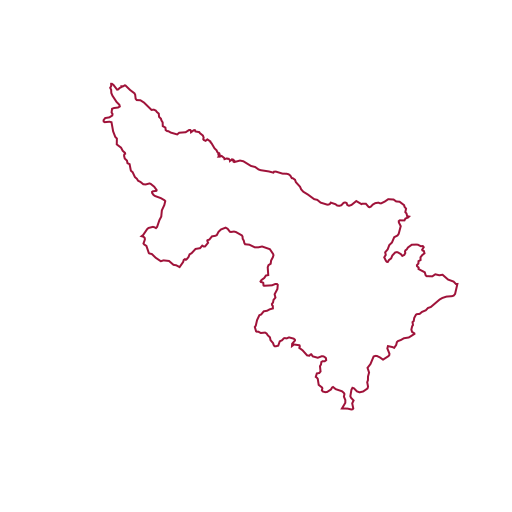 Shaanxi, Equal Earth projection, rotated 292°
{"feature_id": "CHN-1804", "entity_name": "Shaanxi", "entity_type": "Province", "adm_level": 1, "iso_a3": "CHN", "parent_name": "China", "parent_adm1": "", "projection": "equal_earth", "projection_center": [108.8, 35.643], "detail": "fine", "context": "isolated", "style": "outline", "palette": "rose", "viewbox_px": 512, "rotation_deg": 292, "n_neighbors": 0, "source": "natural_earth", "source_scale": "10m", "svg_char_len": 6116}
<svg xmlns="http://www.w3.org/2000/svg" viewBox="0 0 512 512"><g transform="rotate(292 256 256)"><path d="M295.4,454.8L293.3,454.1L292.2,452.8L289.7,447.8L286.9,444.5L284.5,442.6L274.2,437.2L272.2,434.9L269.3,433.8L266.3,430.8L263.6,429.4L262.4,427.0L261.5,426.3L257.8,425.9L254.8,426.6L253.3,425.9L250.8,427.4L249.4,427.1L246.0,427.6L244.1,429.1L243.6,431.8L243.1,432.1L237.7,428.2L235.1,423.9L232.4,421.8L230.3,419.5L228.9,418.9L226.0,419.3L222.6,418.5L222.7,416.8L221.9,412.1L219.5,412.4L215.3,416.4L213.8,416.7L212.6,416.2L207.5,412.6L208.4,408.8L208.6,405.6L208.1,404.1L206.9,402.7L198.7,402.6L194.1,401.3L190.3,404.5L186.2,405.0L182.8,406.3L180.6,406.4L176.9,408.8L174.9,409.0L170.5,406.1L168.4,403.1L168.3,400.3L170.0,396.4L169.9,394.8L167.7,394.6L161.3,396.0L160.1,397.3L158.6,400.6L155.4,400.4L151.1,403.3L150.1,403.0L149.4,401.9L148.8,398.0L146.8,392.8L153.3,393.8L155.9,392.8L158.5,390.2L161.2,389.7L162.0,388.7L162.8,386.4L162.4,379.8L163.4,376.5L162.5,375.8L160.3,375.5L156.6,372.9L155.7,371.3L155.4,368.7L156.1,367.4L158.2,367.1L158.8,366.5L160.0,362.4L165.2,359.3L165.9,358.2L166.3,356.7L169.9,356.4L171.2,358.5L173.1,359.1L177.8,356.6L179.8,356.9L182.2,356.3L183.4,357.2L184.1,359.1L185.7,360.1L187.5,359.1L188.1,357.3L188.2,356.0L187.7,354.5L184.8,351.4L184.2,346.2L185.6,344.1L185.2,343.5L183.5,342.8L183.0,340.6L186.0,334.5L187.0,330.6L188.8,330.4L189.5,329.7L188.2,324.4L186.0,323.1L188.2,322.4L192.2,323.8L193.0,323.4L193.5,321.9L192.9,317.1L191.1,315.3L190.6,313.3L190.0,312.6L187.6,311.7L185.8,310.0L181.2,310.2L179.7,308.2L179.3,307.0L180.1,305.7L181.6,304.5L183.4,301.0L185.8,299.4L186.9,296.6L188.1,294.9L188.4,293.1L186.4,289.3L186.7,286.5L186.1,285.1L186.2,284.3L189.7,281.5L191.3,281.9L196.9,281.0L202.4,281.3L203.7,282.7L207.6,283.9L209.4,286.8L211.7,288.7L213.7,291.3L216.0,290.3L216.6,289.2L217.5,288.7L219.2,289.2L221.9,288.7L224.7,289.6L227.5,287.6L233.4,288.2L237.4,287.0L237.9,285.9L237.3,284.4L234.8,281.8L231.4,274.6L231.5,274.0L233.8,272.8L234.0,272.0L233.7,270.3L234.1,269.7L235.8,270.1L238.7,271.9L241.6,272.5L242.9,274.5L249.9,271.1L252.2,271.0L254.3,272.5L257.5,271.7L261.1,272.1L263.3,271.9L264.3,271.1L267.5,266.3L267.1,258.1L264.9,254.9L263.6,251.6L264.0,245.6L262.8,241.5L263.7,240.3L265.7,238.9L267.0,237.2L269.0,236.2L269.8,235.2L270.7,228.4L270.4,226.4L268.9,223.8L268.7,222.7L270.6,219.5L270.9,217.2L267.5,213.6L264.4,212.2L260.6,211.8L259.4,210.6L257.7,207.8L253.7,206.6L252.5,205.1L251.9,205.1L250.3,206.6L245.8,205.2L245.2,204.0L245.5,202.3L242.3,201.2L239.9,197.3L234.4,195.2L232.7,193.8L229.7,193.8L227.2,193.0L226.2,192.4L226.5,191.3L225.3,190.5L223.1,190.7L217.1,189.3L217.5,185.5L216.9,182.8L218.8,177.2L217.3,171.9L215.5,169.7L216.8,163.6L218.8,158.7L218.4,156.1L218.6,155.5L224.3,150.6L224.8,148.0L225.4,147.0L229.6,146.8L231.0,146.1L231.7,144.6L231.5,142.5L233.2,143.5L240.1,145.0L241.7,145.8L244.4,149.5L244.6,151.2L244.4,152.8L245.9,153.4L253.2,153.0L257.0,153.4L263.1,151.6L268.9,151.9L272.9,151.3L273.4,150.3L274.0,146.1L273.8,139.9L274.2,138.1L275.5,136.1L276.5,135.6L277.3,136.1L279.1,139.2L279.9,139.2L282.1,135.7L283.4,131.4L283.4,130.1L281.0,126.9L280.3,124.6L281.4,121.1L281.6,118.5L283.0,116.6L283.8,114.2L287.5,110.2L288.1,108.3L288.7,107.7L293.8,104.4L293.9,102.1L296.1,100.6L297.2,97.8L299.4,96.2L300.8,95.8L301.8,96.4L302.6,95.8L303.6,93.0L305.9,90.3L307.3,85.1L312.8,83.0L313.7,80.9L318.1,76.8L325.9,71.9L325.6,69.8L323.4,65.6L323.6,64.4L324.8,63.8L327.4,64.5L329.6,68.1L332.4,70.1L333.9,69.8L335.0,68.3L338.6,67.4L340.0,68.9L342.0,72.5L343.6,73.7L345.0,72.7L346.6,69.0L350.9,62.8L352.9,60.8L355.9,59.4L357.3,57.8L359.2,58.1L361.4,57.2L361.7,57.9L361.2,59.8L358.2,64.9L358.8,65.8L360.8,66.7L362.4,68.1L363.0,67.7L363.7,69.4L365.1,70.4L365.2,71.1L362.7,77.2L361.3,82.4L360.2,83.6L356.7,85.5L355.9,87.0L357.1,90.5L356.3,94.7L352.3,104.4L353.4,106.4L353.3,108.6L352.3,110.3L351.6,112.5L348.7,114.0L347.7,116.4L346.2,117.6L344.9,119.4L341.5,120.9L341.1,123.9L338.9,125.1L338.5,126.9L338.9,128.0L338.5,130.7L339.2,137.4L341.5,138.6L344.4,144.4L347.8,146.8L348.2,147.8L347.9,148.5L346.4,149.4L349.2,151.1L349.8,152.1L348.8,153.2L349.6,157.0L348.9,157.9L347.8,161.6L346.2,163.1L344.6,163.3L344.0,164.1L343.9,166.1L345.9,167.2L345.1,170.9L344.3,171.3L343.9,172.5L340.3,177.2L339.2,179.9L338.1,180.9L337.4,182.4L335.8,183.2L335.8,183.6L336.9,183.9L336.2,184.5L334.1,184.1L334.6,185.3L335.9,186.6L335.0,189.7L334.0,190.5L335.6,192.5L335.4,193.1L335.9,194.2L335.1,196.0L334.4,196.3L335.9,197.3L335.9,198.3L336.7,197.9L336.8,198.7L336.1,200.4L335.0,200.1L334.9,200.6L338.5,205.4L339.1,208.8L337.6,217.6L338.2,221.9L337.2,225.9L337.3,228.1L339.2,236.2L339.8,240.9L340.9,241.1L341.7,242.8L342.3,249.7L343.7,253.5L344.0,255.6L343.4,257.7L341.6,260.0L341.9,260.9L341.3,263.6L339.4,265.3L336.7,270.9L334.7,272.9L333.3,275.8L332.4,281.2L330.5,288.6L331.0,291.8L329.7,295.9L330.3,302.9L331.0,304.2L332.1,305.1L333.5,305.3L333.8,310.3L333.2,312.3L333.7,314.4L335.0,316.1L338.1,317.3L339.0,318.5L339.1,320.1L337.5,321.6L337.4,323.4L339.1,325.4L344.5,328.4L343.6,334.4L344.3,335.0L345.6,338.3L343.7,342.0L343.7,342.9L344.8,344.0L347.4,345.0L349.7,346.8L351.3,349.5L351.3,351.2L351.7,352.3L354.7,355.0L358.2,357.3L359.9,362.4L359.1,365.5L360.1,368.8L358.6,374.3L357.3,375.2L356.1,377.4L352.6,378.0L351.8,379.6L349.6,381.2L349.9,383.1L348.7,382.6L346.7,380.5L344.6,380.3L342.9,375.9L341.8,375.3L340.6,375.9L337.9,379.0L330.0,380.0L328.0,379.5L325.2,377.1L319.4,377.0L316.1,375.5L311.4,375.6L307.8,374.4L305.6,375.9L302.8,375.4L300.2,378.3L299.6,379.4L299.8,380.4L302.1,380.8L304.4,382.2L307.5,382.2L311.4,383.7L312.4,385.2L312.5,386.3L312.0,389.6L310.9,391.6L312.6,393.1L314.7,393.3L315.9,392.5L317.1,392.4L318.6,393.3L320.8,393.7L324.8,396.2L326.7,400.5L327.1,401.9L326.8,405.1L327.7,406.9L327.0,408.2L324.0,407.7L323.5,408.3L323.5,409.8L321.6,411.2L319.2,409.8L316.4,409.0L313.9,410.1L312.1,408.6L309.8,409.4L307.8,408.6L306.9,409.1L306.2,411.1L304.8,411.6L304.1,418.6L301.7,420.5L301.2,421.7L303.2,427.1L306.2,429.1L306.8,433.2L308.5,436.0L306.1,442.9L306.3,448.8L304.9,451.9L305.5,453.2L295.4,454.8Z" fill="none" stroke="#9f1239" stroke-width="2"/></g></svg>